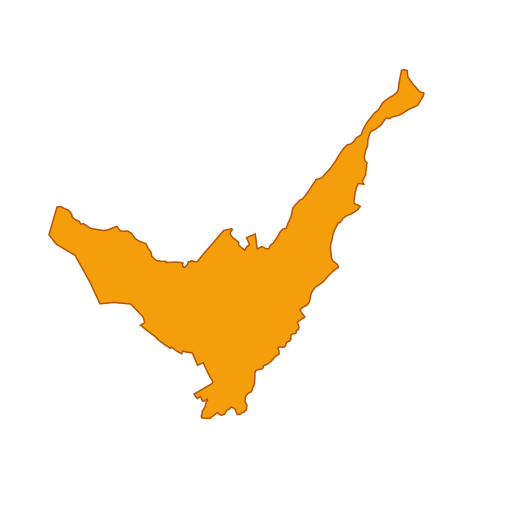 Stei, Bihor, Romania, rotated 258°
{"feature_id": "2599482B13533696934170", "entity_name": "Stei", "entity_type": "district", "adm_level": 2, "iso_a3": "ROU", "parent_name": "Romania", "parent_adm1": "Bihor", "projection": "albers", "projection_center": [22.468, 46.534], "detail": "fine", "context": "isolated", "style": "filled", "palette": "amber", "viewbox_px": 512, "rotation_deg": 258, "n_neighbors": 0, "source": "geoboundaries", "source_scale": "gbopen_adm2", "svg_char_len": 5485}
<svg xmlns="http://www.w3.org/2000/svg" viewBox="0 0 512 512"><g transform="rotate(258 256 256)"><path d="M345.3,71.5L337.2,67.2L332.7,64.8L319.8,57.9L308.9,63.2L294.4,79.1L274.6,85.2L264.1,88.4L241.7,93.4L240.1,107.3L235.1,123.4L228.0,127.9L219.5,133.0L214.0,133.2L212.4,128.6L206.6,133.2L196.5,142.0L196.1,141.6L189.2,147.3L183.5,153.0L184.5,154.4L180.4,157.9L179.5,158.7L175.8,162.8L176.9,163.7L178.2,164.8L177.7,165.6L177.7,165.8L176.3,168.1L176.7,168.4L176.0,169.5L175.7,169.8L175.7,170.0L175.8,170.1L175.6,170.7L175.2,171.9L174.7,172.1L175.0,172.7L175.0,173.4L172.9,173.9L169.7,174.5L163.7,175.6L161.2,176.1L162.7,182.2L155.9,183.7L152.8,184.4L149.9,185.2L148.1,185.6L146.2,186.1L144.3,187.2L141.5,187.5L140.3,186.2L133.8,166.6L128.8,169.0L130.1,172.3L125.7,173.4L125.0,173.9L124.8,174.7L126.1,178.4L125.1,178.7L124.5,178.3L123.5,176.9L118.6,174.4L117.0,172.7L115.0,171.1L112.5,170.4L110.9,169.1L108.7,169.4L108.2,171.8L106.7,177.3L110.9,185.9L108.3,187.5L107.3,189.5L107.8,192.1L108.5,193.0L111.3,195.8L111.6,197.9L113.5,200.2L111.0,203.5L104.8,204.7L104.5,207.2L104.6,207.8L104.8,208.4L105.4,209.1L105.8,209.9L105.6,211.5L106.0,212.3L106.6,213.0L107.1,214.1L107.7,214.7L110.0,215.4L111.8,216.2L116.4,215.0L118.0,215.8L119.9,216.1L121.5,217.4L123.0,219.4L123.6,220.3L124.0,222.2L124.2,223.1L125.0,223.8L125.8,224.5L128.1,225.6L129.6,226.9L131.4,227.9L133.4,228.5L139.2,230.1L141.3,230.5L142.7,231.1L143.5,231.6L144.2,233.0L144.3,234.5L144.4,238.5L145.2,239.7L147.0,240.4L147.8,244.4L149.4,248.1L153.7,254.1L155.2,258.1L156.1,258.4L158.3,258.7L159.9,258.6L161.4,258.3L162.1,258.9L161.9,261.0L161.3,263.0L161.0,265.0L162.0,266.2L163.9,267.1L165.2,267.9L165.4,269.2L165.7,271.0L167.2,272.8L169.2,273.1L171.1,273.5L171.9,274.7L172.3,275.8L172.1,277.2L171.8,278.6L173.2,279.5L174.4,279.8L174.7,280.9L175.4,282.2L177.5,283.3L179.4,283.2L181.3,283.0L182.9,282.9L183.4,283.9L183.9,285.4L186.1,291.2L191.3,288.7L194.4,287.8L195.0,289.0L196.2,291.5L197.1,294.9L197.8,296.3L198.5,297.3L199.9,298.5L200.9,299.2L202.4,299.8L205.3,301.0L207.4,302.0L208.8,302.9L210.3,304.2L211.1,305.1L212.0,306.2L213.3,308.1L214.2,310.3L214.7,311.6L216.0,314.6L216.9,316.5L218.5,318.8L219.7,320.2L220.8,321.6L222.3,323.5L223.6,325.7L225.2,328.5L226.1,330.4L226.9,331.9L227.7,334.2L228.6,334.1L229.3,334.3L230.1,334.0L231.2,333.5L232.8,332.3L233.9,331.4L234.9,330.5L236.3,329.8L237.4,329.7L238.5,329.6L239.9,329.6L241.5,329.7L244.6,330.1L247.4,330.4L248.8,330.6L250.4,331.0L252.0,331.6L254.3,332.7L257.0,334.1L259.8,335.3L262.1,336.4L264.1,337.6L266.3,339.3L268.2,340.8L269.0,341.6L270.2,342.5L271.1,343.0L271.6,343.1L271.0,344.7L274.8,349.2L276.3,352.7L277.4,358.0L279.3,363.4L280.3,365.4L282.8,368.3L283.9,367.4L285.5,364.9L287.3,363.0L288.7,363.1L297.6,366.2L302.0,368.5L305.6,371.2L303.8,376.4L306.0,375.9L307.1,375.7L309.2,377.4L312.9,380.4L315.2,380.8L319.8,382.5L322.6,383.3L324.2,384.0L326.5,382.4L330.3,382.5L332.6,383.5L335.6,384.6L338.4,386.5L340.2,387.9L343.4,388.8L346.6,389.7L350.5,391.8L352.5,393.0L354.0,394.8L354.7,398.0L356.0,400.9L357.4,404.0L358.7,406.4L360.9,408.4L363.3,411.2L364.0,412.9L362.7,414.4L362.8,415.6L363.6,418.1L363.8,421.1L363.9,425.0L364.9,428.9L366.2,431.9L367.7,436.1L368.7,441.0L369.9,445.6L373.5,449.0L377.7,452.9L380.5,454.1L382.6,450.3L387.7,447.4L391.9,445.1L397.3,442.7L399.2,441.8L403.3,442.1L405.9,442.7L407.5,439.3L407.4,437.0L400.0,433.7L395.3,431.8L389.1,429.8L386.5,427.6L384.4,423.3L382.9,418.5L381.0,414.5L379.8,412.1L377.1,409.5L373.5,406.1L371.2,401.5L368.8,398.5L366.3,395.6L363.7,392.5L360.7,389.8L356.7,386.5L352.7,384.1L350.8,378.9L347.6,375.5L346.0,372.2L345.7,368.1L343.4,364.6L339.8,360.5L336.1,356.9L332.2,353.4L326.6,347.4L320.0,338.2L318.8,336.5L318.6,334.9L318.5,332.5L318.3,330.4L317.3,329.8L316.3,328.9L315.0,327.4L312.9,325.1L310.5,322.9L309.0,321.4L307.3,319.6L305.6,317.7L302.1,313.3L301.7,311.0L301.1,309.6L299.9,308.5L298.4,305.8L296.3,303.4L295.4,302.2L293.3,301.0L292.0,300.7L290.4,299.7L288.2,299.0L286.7,298.1L280.7,293.6L278.0,292.1L276.9,291.3L276.8,289.2L276.6,287.5L275.7,286.5L275.0,285.1L273.5,283.7L271.6,282.1L269.5,280.2L267.6,278.1L265.2,275.8L264.5,274.3L263.6,272.5L262.8,271.6L260.7,270.3L260.3,269.3L260.5,268.8L261.4,266.9L263.0,265.1L263.8,264.0L263.9,263.0L263.5,261.7L262.8,259.2L262.8,258.7L264.8,258.8L267.2,258.9L273.3,259.5L275.3,259.6L277.7,259.9L277.6,259.4L275.9,250.5L268.7,252.0L268.0,251.1L266.9,248.9L264.1,246.0L266.7,244.0L269.7,241.7L270.7,241.3L271.6,241.6L272.7,242.0L273.2,241.7L276.5,239.1L278.7,237.2L281.5,235.7L283.5,235.5L284.9,236.2L286.4,238.2L287.8,237.9L287.6,229.6L284.6,225.5L276.7,215.4L269.0,205.1L262.5,197.1L264.5,192.4L265.1,191.7L264.1,190.8L264.5,188.8L262.2,187.5L261.7,187.5L261.5,186.0L261.0,185.6L259.7,184.3L259.6,183.8L260.1,182.9L261.6,182.3L263.5,182.5L264.2,183.1L265.4,181.0L266.1,178.6L266.8,176.1L267.4,172.5L267.6,170.9L268.5,166.6L269.6,166.7L269.9,164.7L270.4,162.0L271.5,160.5L271.2,159.4L273.0,156.9L274.8,155.7L276.3,154.9L277.1,154.0L281.0,154.1L282.5,153.8L283.7,153.1L286.0,152.1L288.7,151.5L291.1,150.6L292.8,148.2L293.9,146.0L294.9,144.9L297.9,141.6L298.9,141.2L304.4,138.7L306.3,136.5L306.9,136.1L307.2,135.4L307.8,131.2L308.8,128.7L310.8,127.5L314.0,126.0L312.3,116.1L312.8,111.6L314.8,106.5L316.8,101.4L318.2,99.0L323.7,93.8L323.3,92.4L323.8,91.3L326.6,90.2L327.8,89.0L328.4,87.5L331.9,84.5L333.5,84.2L334.6,84.4L337.2,83.7L340.2,81.6L341.1,80.2L341.9,78.9L344.7,75.8L345.2,72.6L345.3,71.5Z" fill="#f59e0b" stroke="#b45309" stroke-width="1.5"/></g></svg>